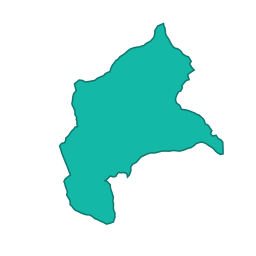 Álvares Florence, São Paulo, Brazil (Mercator projection), rotated 62°
{"feature_id": "56859067B7861185161013", "entity_name": "Álvares Florence", "entity_type": "district", "adm_level": 2, "iso_a3": "BRA", "parent_name": "Brazil", "parent_adm1": "São Paulo", "projection": "mercator", "projection_center": [-49.909, -20.294], "detail": "fine", "context": "isolated", "style": "filled", "palette": "teal", "viewbox_px": 256, "rotation_deg": 62, "n_neighbors": 0, "source": "geoboundaries", "source_scale": "gbopen_adm2", "svg_char_len": 2565}
<svg xmlns="http://www.w3.org/2000/svg" viewBox="0 0 256 256"><g transform="rotate(62 128 128)"><path d="M195.5,56.2L192.3,54.5L185.1,51.0L182.0,51.5L179.8,53.3L175.7,53.7L174.9,57.0L171.8,57.8L169.7,55.2L166.3,55.7L163.6,55.8L160.4,57.8L157.7,57.2L155.5,57.2L152.6,58.2L149.6,59.4L148.0,61.0L146.1,62.1L143.3,64.5L141.2,66.2L138.6,69.2L136.6,72.1L134.1,71.8L132.2,71.8L129.0,73.3L126.0,73.1L123.5,71.4L122.0,69.8L119.8,66.5L120.1,63.9L117.9,61.1L115.9,60.5L113.8,55.6L113.5,53.5L114.0,51.3L109.0,50.4L108.5,48.1L107.9,42.3L105.0,43.2L100.3,43.5L98.8,40.9L93.5,41.2L91.5,43.2L88.6,44.8L85.2,45.2L83.1,45.9L81.3,47.0L79.3,49.2L76.9,50.2L74.7,50.4L71.2,50.4L68.5,50.3L65.9,50.7L62.9,50.8L59.6,49.4L57.0,48.5L54.6,48.4L52.4,47.6L51.9,53.8L54.4,58.3L57.6,60.3L60.1,62.6L61.8,67.0L61.9,69.3L61.9,72.5L62.6,75.3L62.1,77.5L61.7,80.1L60.5,83.0L59.7,86.2L59.4,88.6L59.7,91.7L60.5,94.6L61.0,97.3L61.3,101.7L62.7,104.7L62.7,106.9L64.4,110.4L65.4,112.7L67.4,115.2L69.8,117.5L69.4,119.5L69.3,122.4L70.4,125.1L70.0,127.1L69.9,129.3L69.7,131.9L70.4,134.8L69.0,139.5L67.4,144.1L64.7,145.8L62.7,148.6L63.3,151.5L63.9,154.6L70.7,156.2L72.1,159.7L73.7,161.3L75.9,163.0L78.0,164.3L80.1,166.1L82.0,166.5L84.4,166.5L87.9,166.8L91.6,168.6L94.7,168.2L96.1,169.7L98.3,169.9L100.6,171.3L103.1,171.8L102.4,174.2L103.5,176.5L104.1,178.8L105.6,181.9L106.9,184.2L107.6,187.4L109.2,188.5L111.2,190.7L110.4,194.0L111.7,196.8L119.9,198.3L127.9,199.2L131.8,199.5L142.4,200.9L143.5,207.2L145.0,209.6L147.7,210.0L150.4,210.7L154.1,211.1L156.1,211.6L158.4,213.6L160.9,213.5L163.8,213.3L166.0,213.7L168.4,215.1L171.2,214.2L173.4,213.9L175.8,213.2L177.4,211.9L179.6,210.3L181.9,208.6L183.7,207.0L185.5,204.8L186.7,202.7L188.9,201.3L192.4,199.9L194.5,198.0L197.5,195.9L200.2,193.7L202.6,192.3L203.6,189.1L204.1,184.9L202.3,183.2L200.8,181.5L198.7,180.5L197.0,179.4L194.5,179.4L191.6,178.4L187.6,176.1L185.5,175.9L182.1,173.3L179.6,172.9L177.1,172.4L174.6,172.1L172.3,171.5L169.7,170.3L165.3,171.6L163.7,173.1L163.3,170.1L162.0,166.2L164.2,164.1L165.0,161.6L162.7,157.5L164.5,154.8L165.4,152.5L167.7,150.4L171.0,151.5L170.3,149.2L168.4,146.9L166.6,145.2L164.8,144.5L163.1,143.1L162.2,140.3L162.2,137.1L161.2,134.2L159.7,130.3L159.8,127.3L159.9,124.2L160.4,120.3L162.6,116.0L163.7,111.6L164.4,108.6L166.1,105.4L167.9,102.3L168.8,99.3L170.4,96.5L172.6,93.4L173.5,90.0L173.9,87.0L174.2,84.1L174.9,81.5L174.5,78.1L173.8,74.9L174.3,71.8L175.1,69.5L176.6,67.8L178.7,66.2L181.9,64.7L184.1,63.3L186.7,62.1L189.4,61.6L192.4,60.4L194.8,58.8L195.5,56.2Z" fill="#14b8a6" stroke="#0f766e" stroke-width="1.5"/></g></svg>